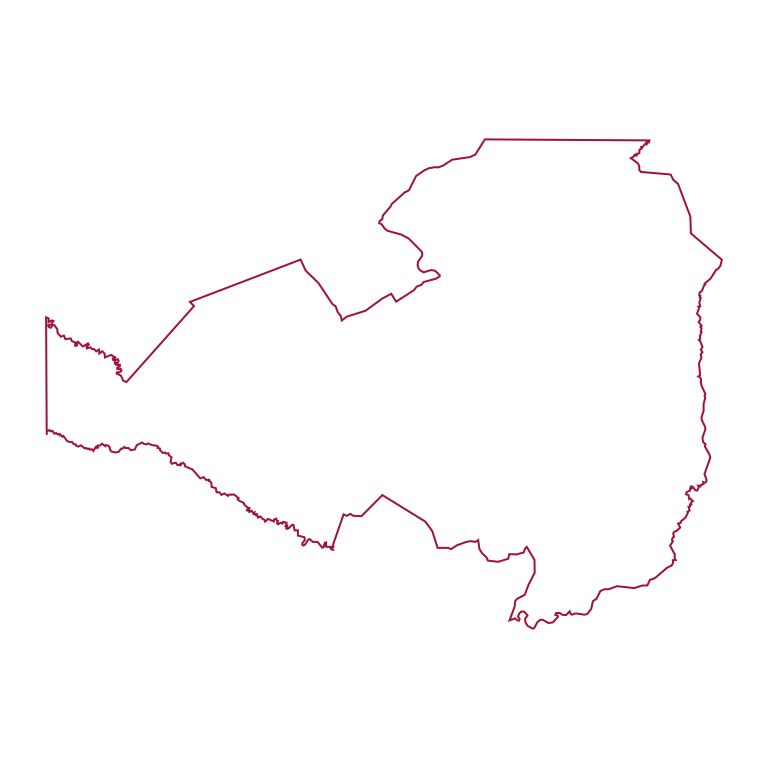 the district of Zambezi, North-Western, Zambia
{"feature_id": "96606910B76619304368438", "entity_name": "Zambezi", "entity_type": "district", "adm_level": 2, "iso_a3": "ZMB", "parent_name": "Zambia", "parent_adm1": "North-Western", "projection": "mercator", "projection_center": [22.726, -13.599], "detail": "fine", "context": "isolated", "style": "outline", "palette": "rose", "viewbox_px": 768, "rotation_deg": 0, "n_neighbors": 0, "source": "geoboundaries", "source_scale": "gbopen_adm2", "svg_char_len": 6047}
<svg xmlns="http://www.w3.org/2000/svg" viewBox="0 0 768 768"><path d="M46.1,317.3L46.7,434.9L46.8,431.5L49.4,430.1L50.9,431.4L52.3,430.8L54.4,433.7L56.1,432.9L57.5,434.3L59.7,434.0L59.7,435.3L61.0,435.2L62.3,436.7L63.4,435.9L67.0,440.9L69.9,442.2L72.0,441.9L73.8,444.2L75.9,444.5L76.2,445.8L78.3,446.6L80.8,445.3L84.9,448.5L86.0,447.9L87.9,449.1L89.4,448.6L89.9,449.6L92.1,449.3L93.4,451.0L95.6,447.1L97.2,448.1L97.9,447.6L96.7,446.8L97.5,445.5L100.1,445.5L102.0,443.7L105.4,446.2L106.0,445.1L108.1,445.6L109.8,447.4L109.9,449.5L111.3,451.5L115.6,452.5L118.9,451.7L120.9,448.7L122.4,448.7L124.3,446.9L125.0,447.9L128.7,448.1L130.6,450.1L134.8,449.5L136.7,445.2L142.1,442.5L144.2,444.0L146.4,444.4L148.1,443.4L152.5,445.3L156.1,445.5L158.0,446.6L157.6,447.9L159.9,448.5L160.1,450.3L162.9,453.0L164.9,452.4L165.7,453.5L168.5,453.3L168.8,455.2L171.5,457.2L170.6,462.1L171.9,463.8L175.7,462.6L177.4,465.0L179.5,465.0L180.2,464.1L180.5,465.1L182.8,462.7L184.8,464.2L185.2,466.4L192.5,469.5L200.2,478.3L203.6,477.1L206.2,480.0L209.1,479.7L208.9,481.1L210.5,481.5L211.4,483.2L211.7,487.0L215.8,488.1L216.6,492.2L219.5,492.4L221.5,494.9L224.4,493.4L227.9,495.9L228.6,494.7L234.3,494.6L238.6,498.2L237.6,499.1L238.8,500.6L243.8,502.9L244.4,504.9L247.7,507.6L249.5,507.9L249.3,509.1L247.8,508.7L246.9,510.4L249.3,510.8L249.4,511.9L251.7,510.7L253.2,513.2L254.4,512.5L254.0,514.1L256.7,514.1L256.0,515.3L258.1,516.3L258.1,517.5L260.6,516.5L262.6,519.0L264.2,519.5L265.1,521.6L268.0,518.9L273.8,521.5L274.1,519.5L276.2,518.7L276.7,520.6L277.9,520.9L277.1,523.5L278.0,524.3L280.7,522.7L282.5,523.6L283.1,521.8L286.5,522.7L285.9,523.9L287.1,525.2L285.6,526.2L287.6,527.3L286.3,528.3L286.8,528.9L288.6,528.4L292.0,524.9L293.5,524.9L294.6,530.4L297.9,530.3L297.9,535.6L304.4,537.2L304.9,539.9L302.2,543.3L302.3,544.8L303.4,545.5L305.0,544.6L308.3,539.6L309.7,539.1L312.8,541.9L317.5,541.9L322.3,547.7L323.2,547.5L324.9,542.7L326.2,542.5L325.8,546.7L329.7,546.9L331.7,549.6L333.0,549.7L331.5,546.9L333.4,546.8L333.1,544.5L343.6,514.4L346.7,515.8L350.5,513.9L353.3,515.8L361.4,516.2L382.4,495.1L425.3,521.6L432.3,531.1L437.6,547.9L448.2,547.9L451.1,549.1L457.1,545.2L465.9,542.1L470.6,541.1L475.2,541.9L478.2,540.1L479.4,548.9L482.0,553.1L486.5,557.4L487.9,560.6L498.1,561.8L508.2,558.8L509.2,554.2L516.6,554.4L523.7,552.5L525.2,548.4L526.8,546.9L534.5,560.0L534.7,572.7L528.5,584.8L524.8,594.8L517.6,598.5L515.3,600.8L514.6,606.8L509.5,620.4L515.3,618.4L517.3,620.4L518.9,620.7L519.7,619.0L518.0,616.4L519.2,613.5L521.1,611.6L524.1,611.6L527.5,615.4L525.0,619.1L525.5,622.5L527.5,625.7L532.5,628.6L534.3,628.0L537.4,622.1L540.2,619.9L542.7,619.8L548.3,623.0L552.9,622.4L558.0,616.8L557.6,615.5L555.3,614.8L556.1,613.1L559.4,612.9L562.7,614.9L566.2,615.0L569.7,611.3L570.6,613.8L571.9,614.7L575.8,613.4L584.5,614.7L587.4,613.9L591.2,609.0L592.9,601.2L596.5,598.8L600.3,591.1L604.2,589.3L608.9,589.2L617.1,586.2L634.4,588.1L641.7,585.6L647.4,585.4L649.9,579.9L654.7,578.3L667.0,567.8L671.7,565.5L673.1,562.8L672.8,560.2L675.7,560.0L674.4,557.6L675.0,554.9L670.1,545.6L672.9,541.3L671.9,540.0L672.8,537.5L674.0,536.8L673.2,533.5L674.2,531.7L676.3,531.1L680.2,527.6L678.1,523.5L680.6,522.9L681.2,521.1L685.6,517.5L687.9,512.6L687.4,511.9L689.6,510.6L688.5,506.7L689.9,506.6L690.1,504.8L691.0,504.6L690.3,504.0L692.1,501.7L691.7,500.7L692.4,500.7L689.6,498.0L689.1,498.6L688.5,495.1L686.1,494.3L686.5,492.1L690.0,490.6L690.0,489.0L691.9,488.2L690.5,487.1L691.0,486.3L692.7,486.7L695.5,490.3L697.2,490.5L698.9,487.1L698.2,485.8L700.5,486.3L700.5,485.1L703.5,484.1L703.2,482.2L704.3,482.8L706.1,482.0L706.6,480.0L704.5,474.0L710.3,457.6L709.3,454.2L704.9,446.5L705.5,444.1L703.2,442.2L702.4,437.8L705.3,429.6L705.3,427.3L701.7,419.8L701.6,416.9L703.6,411.0L703.6,403.9L705.2,397.9L704.5,395.4L705.5,394.1L701.8,386.4L700.8,382.6L701.1,379.4L700.1,377.4L698.3,376.5L700.1,375.1L699.0,363.2L701.4,357.8L700.8,354.1L702.4,352.2L700.8,349.6L702.5,346.9L700.2,341.1L698.8,339.9L700.3,338.8L699.9,335.9L701.6,332.1L700.7,331.1L701.6,328.3L700.4,326.9L701.6,325.9L698.6,321.9L700.2,320.1L700.3,317.3L697.0,313.7L699.2,307.7L698.3,306.7L700.2,306.0L699.3,302.9L700.7,297.7L699.7,297.2L700.3,295.7L699.2,295.2L699.7,292.4L701.9,291.0L704.2,285.2L705.3,284.5L704.7,283.5L710.4,278.8L716.3,269.6L717.7,269.2L720.3,266.0L721.9,259.8L690.9,233.4L690.4,216.7L678.1,184.0L673.3,179.8L670.6,174.5L640.8,171.9L639.4,170.1L639.2,166.0L637.9,163.3L630.8,158.1L633.4,156.8L634.4,154.9L635.7,155.6L636.2,154.2L636.9,154.8L637.1,153.8L639.3,153.2L639.5,149.7L641.8,148.4L641.2,147.1L642.5,147.0L646.2,142.8L646.8,144.0L647.8,142.1L648.9,142.4L649.4,140.4L484.9,139.4L475.3,154.6L469.8,157.1L452.1,159.7L443.1,165.6L438.0,167.5L435.6,167.1L428.5,168.3L424.1,170.5L416.1,176.0L408.9,190.4L404.6,192.5L391.6,204.1L391.0,205.9L382.8,215.6L382.3,219.3L380.0,220.6L379.1,223.1L381.7,224.3L384.5,228.4L387.5,230.8L401.4,234.6L408.8,238.6L420.7,250.6L422.2,252.6L422.2,255.7L418.0,261.8L417.6,265.3L418.6,268.6L420.4,270.5L423.7,272.3L430.8,270.1L435.0,270.7L439.7,275.1L439.6,276.4L436.2,278.6L423.7,282.0L421.4,284.8L416.7,286.6L413.9,290.2L396.1,301.7L391.3,293.8L382.5,298.4L365.6,310.7L346.7,316.7L341.8,320.5L340.9,316.3L337.7,312.0L335.6,306.3L332.4,304.0L318.6,283.2L305.7,270.6L300.6,259.6L190.0,301.9L194.0,306.1L126.5,382.0L123.3,380.8L120.9,375.6L116.6,373.6L116.9,372.3L119.4,372.3L121.5,370.8L120.7,368.8L118.3,369.4L117.1,368.7L117.3,367.5L119.8,366.4L119.9,364.8L116.3,364.8L115.0,363.6L115.0,362.0L116.2,363.1L117.6,362.9L118.6,360.7L118.0,359.3L114.5,360.4L112.9,359.8L112.7,358.5L114.8,358.5L115.4,357.6L111.2,354.9L104.9,357.4L104.7,353.7L102.1,351.2L99.3,353.5L98.9,349.6L96.2,351.4L94.2,349.2L92.2,349.2L90.4,347.3L86.9,348.4L86.5,346.9L88.8,344.6L88.0,343.4L82.9,346.5L77.9,341.7L77.0,342.7L77.1,345.4L75.2,345.8L75.2,342.4L71.7,341.0L70.7,338.4L65.4,339.2L63.9,335.6L60.9,336.7L57.6,333.0L57.3,329.3L54.4,325.1L52.4,325.1L50.9,327.7L49.3,327.4L48.0,325.4L51.3,324.3L53.4,320.9L51.9,320.4L48.6,322.2L48.7,318.5L46.1,317.3Z" fill="none" stroke="#9f1239" stroke-width="2"/></svg>